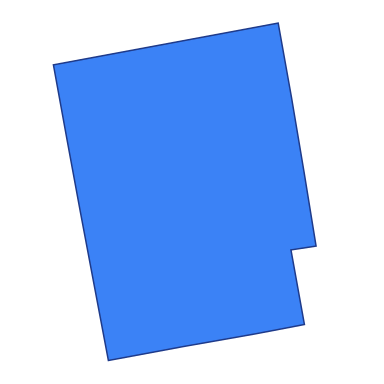 the district of Noble, Indiana, United States of America, rotated 260°
{"feature_id": "52423323B7904044051324", "entity_name": "Noble", "entity_type": "district", "adm_level": 2, "iso_a3": "USA", "parent_name": "United States of America", "parent_adm1": "Indiana", "projection": "orthographic", "projection_center": [-85.476, 41.395], "detail": "fine", "context": "isolated", "style": "filled", "palette": "blue", "viewbox_px": 384, "rotation_deg": 260, "n_neighbors": 0, "source": "geoboundaries", "source_scale": "gbopen_adm2", "svg_char_len": 318}
<svg xmlns="http://www.w3.org/2000/svg" viewBox="0 0 384 384"><g transform="rotate(260 192 192)"><path d="M42.0,279.7L117.8,279.4L117.2,304.8L191.4,305.8L267.6,306.4L343.4,306.2L341.3,77.6L266.7,78.0L191.6,78.6L40.6,80.4L41.3,155.8L41.3,230.5L42.0,279.7Z" fill="#3b82f6" stroke="#1e3a8a" stroke-width="1.5"/></g></svg>